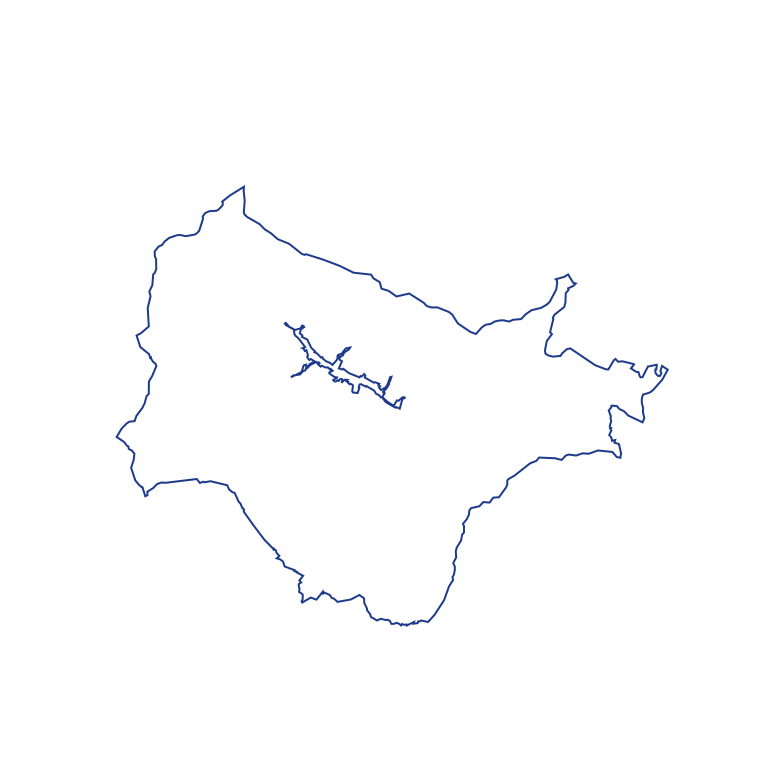 outline of Sandominic, Harghita, Romania, rotated 337°
{"feature_id": "2599482B98867301333239", "entity_name": "Sandominic", "entity_type": "district", "adm_level": 2, "iso_a3": "ROU", "parent_name": "Romania", "parent_adm1": "Harghita", "projection": "robinson", "projection_center": [25.816, 46.646], "detail": "fine", "context": "isolated", "style": "outline", "palette": "blue", "viewbox_px": 768, "rotation_deg": 337, "n_neighbors": 0, "source": "geoboundaries", "source_scale": "gbopen_adm2", "svg_char_len": 6167}
<svg xmlns="http://www.w3.org/2000/svg" viewBox="0 0 768 768"><g transform="rotate(337 384 384)"><path d="M641.6,488.9L650.8,481.7L647.0,476.0L643.4,480.1L643.8,481.4L643.2,482.8L641.0,484.4L639.2,483.4L638.2,479.8L639.5,476.6L640.4,476.9L642.6,473.0L641.9,472.7L633.7,471.1L624.6,478.7L622.8,478.1L622.4,476.6L622.9,472.5L620.7,471.1L617.4,466.1L621.8,463.7L621.5,463.1L612.2,456.2L608.2,455.0L606.9,451.4L604.9,451.9L596.2,458.3L593.9,457.1L585.7,449.2L569.4,424.0L566.0,423.4L560.1,425.3L557.6,427.1L550.3,424.9L546.3,421.8L544.5,419.2L545.3,415.9L550.7,408.0L558.1,403.7L557.1,401.2L565.3,390.3L565.2,389.1L567.9,386.9L580.0,383.5L583.0,379.6L586.8,371.4L590.6,369.5L590.8,367.9L596.5,367.7L599.8,366.4L597.7,364.7L596.3,355.1L591.6,355.8L583.1,354.7L583.6,356.1L583.1,358.3L579.5,364.3L568.8,373.0L565.0,374.5L558.3,375.3L548.6,373.7L541.3,375.3L535.6,377.8L527.8,375.3L523.6,375.4L518.8,372.0L515.0,370.6L510.1,369.7L505.9,370.4L500.7,369.2L496.2,370.1L488.1,373.9L483.8,369.7L475.7,357.2L473.9,346.8L472.0,343.2L463.2,334.4L457.6,332.1L454.9,329.9L453.6,328.4L452.4,324.9L442.6,310.6L429.7,308.3L424.6,300.0L419.0,295.3L419.8,288.4L415.5,282.6L414.9,278.3L399.4,269.6L389.5,258.1L376.8,245.9L362.9,234.0L361.6,234.2L359.4,232.5L351.4,217.8L342.8,209.2L338.8,201.0L334.7,195.1L331.9,188.2L323.3,176.8L322.0,173.7L321.9,171.5L327.5,160.6L330.3,151.3L332.2,147.7L316.1,150.2L306.3,152.9L306.5,154.1L305.2,156.5L299.8,158.8L297.6,159.1L290.8,156.7L286.2,156.8L282.6,158.9L281.9,161.3L273.7,170.8L270.6,172.1L268.3,172.5L259.3,170.5L254.2,166.9L251.0,166.1L243.1,165.6L237.5,167.2L234.1,169.3L230.2,169.4L224.7,172.3L222.9,177.1L223.1,179.7L219.3,189.2L216.2,192.3L214.3,193.0L209.4,202.5L204.2,207.1L203.4,212.0L196.2,221.7L190.0,239.1L180.0,242.3L175.2,242.7L174.1,254.7L179.4,264.7L179.0,268.5L179.9,268.5L179.5,270.0L180.2,273.5L181.6,276.2L181.5,278.5L173.7,286.1L168.6,289.8L163.6,301.2L160.6,302.5L156.1,308.3L152.2,311.6L143.8,316.5L139.9,320.7L134.8,319.2L131.9,319.7L125.3,322.4L117.2,328.3L122.1,335.8L123.3,340.6L124.3,341.5L123.7,344.1L126.0,346.8L127.0,350.7L123.9,356.1L118.5,362.3L117.4,375.6L119.1,381.1L120.6,384.3L121.3,384.5L120.4,394.0L122.8,394.0L124.1,390.7L130.9,389.6L135.8,387.5L140.1,387.6L145.0,389.8L174.5,398.3L175.9,403.2L179.4,403.3L180.2,404.3L186.3,405.7L200.1,415.9L200.2,420.6L202.1,424.2L204.0,426.0L204.2,435.4L205.2,438.3L205.1,443.2L205.9,443.7L206.0,445.2L205.0,446.7L208.6,462.9L213.1,480.9L217.3,491.5L218.3,492.3L217.6,492.8L217.9,493.8L219.4,494.6L219.2,497.8L220.5,501.4L217.2,502.6L219.6,504.5L221.6,507.8L221.3,513.2L229.0,520.5L228.4,521.2L230.5,522.8L230.0,523.3L234.6,528.9L229.3,531.8L230.2,534.3L227.6,534.8L226.8,536.0L226.0,540.0L224.6,542.2L226.8,545.6L226.7,546.7L224.9,550.5L223.3,551.8L223.3,553.2L233.1,552.0L237.6,556.1L246.6,551.2L246.2,553.1L247.6,552.6L251.6,557.0L252.4,560.7L254.0,561.9L256.1,566.4L269.3,569.4L278.9,568.6L281.9,573.5L280.3,577.9L280.6,584.0L280.0,585.3L281.3,590.5L281.0,593.3L285.1,598.9L289.4,598.9L293.6,602.1L295.2,602.4L296.9,604.5L297.0,607.6L299.4,608.7L302.2,608.7L304.4,610.8L305.3,612.9L307.0,612.0L307.6,613.1L310.9,614.3L310.6,615.2L318.6,614.8L317.4,616.1L321.5,617.3L322.8,615.8L324.5,616.6L325.8,616.2L331.6,620.3L340.4,616.2L354.9,606.4L364.7,595.8L371.1,591.3L371.5,588.7L374.0,586.6L376.6,582.7L377.8,579.8L377.8,575.9L382.7,571.8L384.7,566.1L386.8,563.2L393.9,558.1L396.9,553.4L399.6,551.9L402.0,546.4L402.1,543.5L407.4,540.8L411.1,537.5L413.1,533.8L415.7,532.3L424.0,533.8L429.3,531.5L434.8,534.4L440.3,531.3L445.5,533.2L456.0,526.9L458.5,524.3L459.6,521.2L461.1,520.2L468.4,519.3L487.4,514.1L494.2,514.3L498.0,512.3L512.3,519.1L517.9,523.3L523.4,520.9L526.6,521.2L532.9,524.9L539.6,525.4L545.3,528.2L555.0,528.8L567.7,535.8L569.7,542.1L572.8,544.3L575.2,540.2L576.8,531.1L573.2,528.0L574.9,525.9L571.7,525.4L572.4,522.2L571.4,518.9L575.1,515.6L574.8,514.5L575.9,513.4L574.8,512.7L575.3,511.2L578.6,506.9L579.3,503.5L580.2,502.5L580.5,496.2L583.9,494.4L585.0,492.8L589.7,495.3L591.0,499.1L594.2,502.7L596.5,508.5L607.0,520.3L610.3,517.1L611.4,511.1L613.2,507.1L613.9,502.2L615.7,498.0L618.2,495.0L625.3,495.7L629.3,494.7L641.6,488.9ZM317.5,289.4L319.1,294.3L322.2,298.1L322.8,299.4L328.9,300.2L331.6,298.2L332.6,299.3L332.8,300.4L328.9,301.2L326.3,304.4L327.8,307.4L326.9,308.6L330.7,313.0L331.2,322.4L333.3,327.0L332.4,327.6L334.2,329.5L336.5,335.2L337.8,335.3L337.8,337.2L339.8,340.7L342.7,343.6L344.0,346.3L350.0,343.4L352.0,341.2L353.3,341.1L352.1,340.2L353.0,339.3L356.9,339.6L362.7,336.3L367.1,337.2L365.2,338.5L359.6,339.5L357.0,341.8L356.2,341.4L353.1,342.7L352.5,344.0L354.2,346.6L348.5,352.0L351.3,354.4L352.4,354.0L355.9,360.2L364.1,368.4L365.4,367.5L366.5,368.3L369.7,367.1L370.1,369.0L368.8,370.5L375.2,378.8L376.4,378.8L379.7,382.0L378.4,382.7L379.5,384.6L378.0,385.1L378.9,388.4L384.3,387.7L386.9,386.0L392.3,380.1L393.7,380.3L391.0,383.4L390.5,383.1L388.3,386.4L384.2,389.3L380.5,390.5L380.9,391.2L380.0,391.7L381.0,392.8L377.7,395.0L377.7,396.3L380.3,401.8L384.4,407.9L389.5,404.2L390.8,405.1L396.2,403.5L397.8,404.6L397.3,405.1L396.4,404.4L394.7,405.5L388.8,412.9L386.2,410.0L385.3,410.3L378.5,401.3L377.0,395.2L375.9,395.1L375.0,392.2L372.9,389.8L372.3,386.1L366.9,378.9L366.2,379.3L362.8,375.2L361.4,374.9L359.4,377.2L359.8,377.9L356.2,382.0L352.0,379.6L351.9,378.3L354.7,373.6L354.7,372.3L353.1,370.6L352.4,370.9L351.2,368.4L351.8,367.9L350.5,366.7L352.0,366.0L349.3,364.6L345.4,366.3L347.1,364.3L347.2,362.9L345.2,362.4L343.5,363.5L342.5,362.3L340.7,362.9L339.4,362.3L338.8,360.5L344.2,359.6L342.7,359.4L340.9,357.8L337.8,352.9L338.2,352.0L341.9,351.7L340.8,349.3L340.0,349.7L338.8,346.7L336.9,346.2L333.8,342.8L332.5,343.3L331.0,340.2L332.8,339.6L332.1,338.3L330.8,338.7L330.2,337.2L323.3,337.7L319.5,339.5L318.2,339.2L317.1,340.6L314.1,340.6L310.5,342.4L305.5,341.2L301.0,341.5L303.9,340.7L304.1,341.3L312.8,340.8L317.3,335.5L319.7,335.7L318.8,338.8L323.2,336.8L328.9,335.9L326.4,332.4L324.7,332.7L324.4,332.0L323.8,329.0L325.2,328.1L325.8,322.6L324.0,322.7L323.8,319.9L323.1,319.3L325.8,319.3L323.3,309.1L321.2,304.6L321.1,302.7L322.4,298.8L316.7,291.3L316.4,289.6L317.5,289.4Z" fill="none" stroke="#1e3a8a" stroke-width="2"/></g></svg>